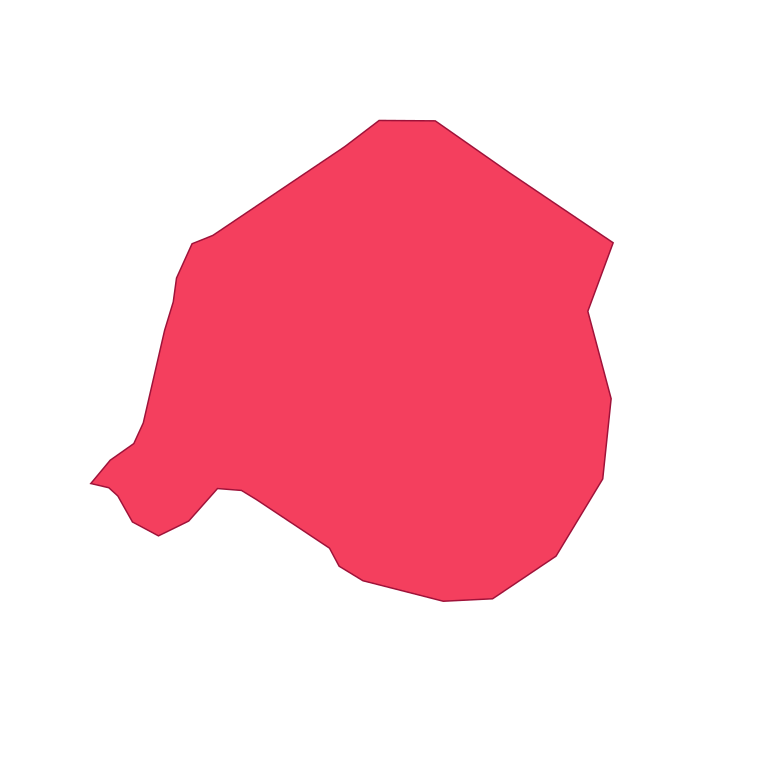 outline of Beni, Nord-Kivu, Democratic Republic of the Congo, rotated 212°
{"feature_id": "63176286B12710938610069", "entity_name": "Beni", "entity_type": "district", "adm_level": 2, "iso_a3": "COD", "parent_name": "Democratic Republic of the Congo", "parent_adm1": "Nord-Kivu", "projection": "mercator", "projection_center": [29.473, 0.481], "detail": "fine", "context": "isolated", "style": "filled", "palette": "rose", "viewbox_px": 768, "rotation_deg": 212, "n_neighbors": 0, "source": "geoboundaries", "source_scale": "gbopen_adm2", "svg_char_len": 555}
<svg xmlns="http://www.w3.org/2000/svg" viewBox="0 0 768 768"><g transform="rotate(212 384 384)"><path d="M218.6,231.2L178.1,259.4L146.9,329.2L148.2,419.4L183.6,491.9L249.7,553.7L264.5,625.2L389.7,629.6L480.0,634.3L527.8,604.9L543.1,564.4L607.9,419.3L621.1,401.2L616.1,363.9L606.2,341.9L598.5,313.3L567.5,223.4L564.6,200.9L575.8,174.3L579.9,144.2L562.4,150.2L550.4,148.0L524.2,133.7L494.8,135.7L477.0,164.3L469.8,207.1L448.5,218.2L431.0,218.4L343.2,215.9L325.5,205.7L297.6,206.0L218.6,231.2Z" fill="#f43f5e" stroke="#9f1239" stroke-width="1.5"/></g></svg>